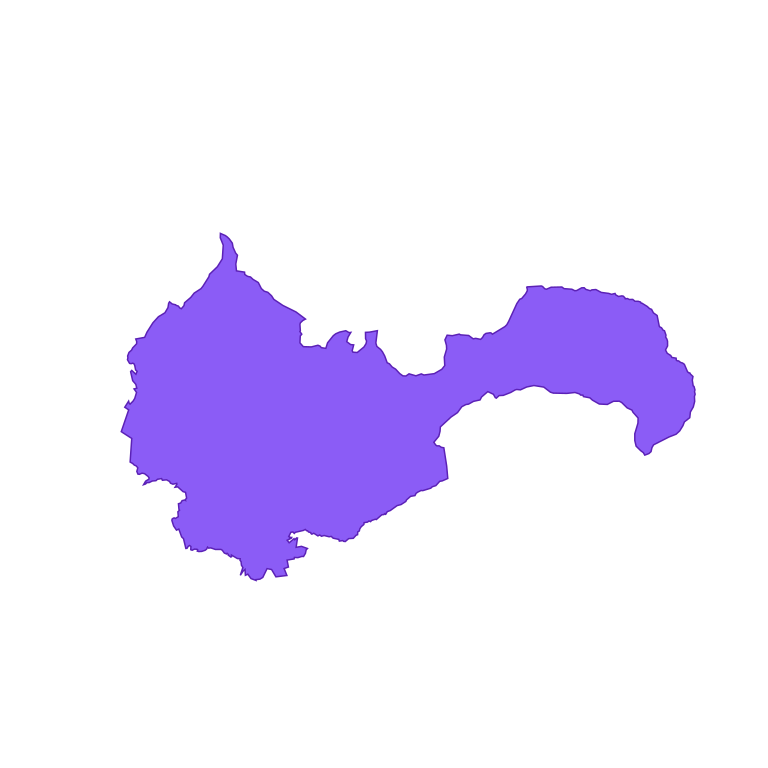 the district of Deda, Mures, Romania, rotated 322°
{"feature_id": "2599482B19753328402783", "entity_name": "Deda", "entity_type": "district", "adm_level": 2, "iso_a3": "ROU", "parent_name": "Romania", "parent_adm1": "Mures", "projection": "equal_earth", "projection_center": [24.914, 46.951], "detail": "fine", "context": "isolated", "style": "filled", "palette": "violet", "viewbox_px": 768, "rotation_deg": 322, "n_neighbors": 0, "source": "geoboundaries", "source_scale": "gbopen_adm2", "svg_char_len": 6171}
<svg xmlns="http://www.w3.org/2000/svg" viewBox="0 0 768 768"><g transform="rotate(322 384 384)"><path d="M552.8,601.7L556.0,599.1L559.0,597.9L575.9,601.2L583.3,603.4L588.2,603.0L593.9,600.9L597.4,598.8L604.2,598.8L608.2,594.7L613.6,592.5L618.1,589.0L620.9,585.0L622.9,583.6L624.0,581.2L625.4,580.1L626.8,576.8L626.5,575.8L629.3,570.8L632.1,568.3L631.6,564.9L631.8,563.5L631.2,563.1L630.7,561.3L632.8,553.4L632.2,551.3L631.0,549.6L630.4,547.2L629.3,546.2L629.1,545.0L630.1,543.5L627.2,540.3L627.5,538.1L626.1,534.2L626.8,530.5L630.9,528.6L633.8,524.8L634.6,522.7L634.8,520.5L636.3,519.1L637.8,514.7L637.1,513.6L637.3,510.4L636.6,509.3L636.5,507.9L641.4,498.2L640.1,493.8L640.8,489.9L639.7,488.1L639.2,485.0L637.0,479.1L636.4,478.6L636.6,477.3L635.3,475.4L632.7,473.3L632.1,470.5L629.3,468.4L628.5,466.6L626.6,465.4L626.9,464.8L626.7,462.2L625.7,461.0L622.7,459.4L621.5,456.5L621.8,454.9L618.5,453.4L616.9,451.0L611.6,445.6L609.1,440.0L605.8,437.8L604.0,437.5L601.3,433.7L601.0,431.4L599.0,429.9L593.4,429.0L591.8,428.0L590.4,425.0L584.6,419.7L583.9,417.1L575.2,410.6L570.3,409.3L569.3,407.9L569.0,404.8L568.3,403.6L556.6,395.6L556.1,395.6L555.0,398.0L554.0,398.9L550.9,400.2L545.2,401.4L543.1,400.8L538.2,402.4L520.8,411.4L517.3,412.9L514.6,413.2L500.1,411.5L499.8,409.7L499.2,409.0L495.5,406.9L493.2,406.8L490.3,408.0L487.6,408.3L484.4,404.5L482.1,403.3L480.6,397.9L474.6,392.4L474.0,391.0L467.6,388.0L463.8,384.4L459.2,386.7L457.0,392.0L454.9,395.0L448.1,399.9L443.2,406.9L438.6,408.0L430.0,406.8L421.0,401.5L419.6,399.0L414.2,397.2L410.0,391.4L406.2,391.2L403.9,389.2L402.8,385.4L402.3,379.4L400.9,375.7L400.7,371.4L399.6,369.2L401.8,362.4L402.6,357.7L402.6,354.6L401.5,350.0L402.8,346.7L411.6,337.9L404.5,334.2L401.2,331.9L397.4,336.9L396.7,339.4L394.8,341.1L391.0,342.5L382.3,342.7L379.1,339.8L379.4,338.2L384.2,334.5L382.0,332.4L380.7,327.7L384.5,324.9L389.6,322.9L388.1,322.0L386.7,318.5L381.1,315.8L376.9,314.7L373.8,314.7L364.9,316.8L360.1,320.1L357.0,316.8L356.9,314.7L355.8,312.8L349.5,310.0L343.4,304.9L343.1,299.8L347.6,294.6L349.9,294.1L350.0,290.8L350.8,290.6L354.5,285.2L355.8,284.3L359.3,284.0L362.1,284.5L359.0,273.0L352.7,259.9L349.3,249.5L349.7,245.2L348.9,240.2L346.8,237.2L346.1,233.3L347.4,226.7L345.2,220.9L344.7,217.5L342.8,215.2L341.7,212.0L343.0,210.0L337.4,204.0L341.1,198.2L347.8,192.3L347.7,189.5L349.2,183.4L351.2,179.6L351.4,174.5L351.0,171.6L350.4,169.4L347.8,164.6L345.0,168.0L342.8,175.6L333.7,185.8L324.9,189.0L314.1,190.1L312.0,191.7L301.4,195.5L298.5,196.2L290.4,195.5L285.1,196.8L276.9,197.2L274.6,199.1L270.7,199.9L269.9,198.4L269.9,195.9L268.6,194.1L268.6,193.3L266.4,190.6L265.6,187.2L264.0,187.8L260.8,190.8L255.2,193.0L247.7,192.1L239.6,193.5L229.2,197.2L224.1,199.9L216.1,195.7L215.2,198.4L213.8,200.0L208.2,200.8L205.9,201.9L202.5,202.1L199.2,204.1L198.3,205.7L196.8,206.9L196.2,211.1L197.2,212.3L198.8,212.9L199.4,214.0L199.0,215.9L196.9,220.0L197.3,222.0L194.5,223.6L193.6,218.0L191.9,218.3L188.0,226.7L188.2,231.5L186.6,235.1L184.0,234.0L183.8,238.3L178.7,241.9L175.7,243.0L171.5,243.5L171.4,242.1L172.2,240.3L165.4,242.7L166.9,247.2L147.6,259.8L151.7,271.6L135.9,289.2L137.0,291.9L137.3,294.1L138.3,296.0L138.4,298.5L135.4,300.7L134.6,303.5L135.7,304.6L138.4,305.3L140.1,307.2L141.2,311.6L141.1,313.3L140.2,314.2L136.3,313.8L132.6,315.3L134.6,316.0L136.3,315.7L138.3,317.1L141.7,317.8L144.8,319.8L146.8,319.6L150.5,321.6L150.1,323.4L153.6,325.6L155.0,328.7L154.7,330.7L156.0,333.0L159.5,334.7L159.0,335.6L155.8,336.7L158.1,338.0L159.4,345.1L160.9,347.2L158.2,352.4L156.2,352.8L155.9,353.5L155.5,352.7L153.1,351.6L150.5,352.6L148.3,351.8L145.2,356.6L145.2,357.5L142.9,357.8L140.2,361.9L136.8,361.5L136.2,360.3L135.2,360.0L133.8,360.0L132.8,361.0L130.8,366.4L130.5,371.4L133.0,372.0L130.4,379.9L130.8,382.4L126.6,391.6L127.6,392.2L129.8,391.4L131.4,391.6L131.8,393.2L129.7,395.6L130.5,396.9L132.9,397.4L134.9,399.1L135.1,400.0L134.0,400.7L134.9,402.0L137.3,403.7L140.7,404.9L142.6,404.9L144.5,403.9L144.7,405.3L146.6,406.5L149.3,410.6L153.7,414.0L154.2,415.5L154.1,418.9L155.3,421.0L156.1,420.8L156.4,422.6L155.9,423.0L156.8,426.1L157.6,426.2L158.5,424.9L161.0,431.3L163.1,433.2L162.0,434.3L162.0,436.0L160.1,439.0L159.8,441.7L153.0,446.3L157.8,444.7L160.3,444.6L157.0,449.4L159.6,450.0L159.4,455.5L162.2,460.0L162.6,459.3L166.1,461.4L169.4,461.8L178.2,457.5L181.2,461.0L180.1,469.4L189.6,475.1L191.7,467.9L196.0,469.4L199.2,463.1L205.5,466.5L206.6,465.5L209.2,467.8L213.1,469.3L214.4,470.4L217.8,469.1L220.5,466.8L222.4,466.5L219.0,461.1L214.2,458.6L221.0,452.1L220.4,451.5L217.8,451.8L217.9,450.5L211.5,450.7L211.5,447.5L216.3,448.5L216.8,448.1L215.3,447.1L215.7,446.9L215.0,445.6L219.3,443.5L221.1,444.5L221.3,446.5L222.9,446.3L230.4,449.8L232.4,450.1L232.7,452.0L233.4,452.6L233.4,454.1L234.8,456.0L234.4,456.8L234.7,457.9L236.8,458.4L238.4,463.0L240.4,463.4L241.0,465.5L243.5,466.5L246.7,470.6L248.6,471.6L249.0,474.2L252.7,478.6L252.1,480.3L255.1,482.0L255.3,483.1L256.5,484.3L261.0,484.1L264.8,486.7L268.9,486.0L270.4,486.5L272.2,484.4L274.1,484.6L275.8,483.2L278.3,482.4L281.6,482.3L283.0,481.0L286.0,482.7L287.8,482.7L288.7,484.2L290.1,483.9L293.9,485.2L294.5,486.1L301.8,485.7L303.1,486.6L304.9,486.7L304.7,487.5L305.2,487.7L308.0,486.6L311.1,487.6L319.5,487.9L323.2,489.5L328.9,490.0L330.3,489.2L335.8,488.9L339.7,491.0L342.0,489.9L344.0,490.0L347.6,490.7L348.9,491.9L356.7,494.9L358.8,494.7L362.3,496.0L368.0,495.0L370.2,496.2L376.1,497.7L382.9,487.2L391.9,471.1L390.2,469.2L389.4,466.7L387.7,465.4L387.2,464.0L387.4,460.6L395.0,458.9L399.0,455.8L402.0,452.5L416.6,451.3L424.3,451.8L431.3,449.8L435.9,450.6L438.2,451.9L443.9,452.8L449.9,455.7L452.9,454.3L461.1,453.9L463.9,459.5L463.3,463.2L463.8,464.3L467.6,464.0L471.0,466.4L478.7,468.7L483.7,469.4L485.2,470.0L487.9,472.6L494.6,474.2L501.2,477.5L508.0,484.8L510.1,492.9L511.8,495.4L522.2,503.9L529.3,508.3L532.0,512.3L532.1,513.7L533.9,515.3L533.4,516.7L537.7,521.6L538.3,525.0L541.3,532.3L547.4,537.6L554.2,538.9L558.8,542.4L559.9,544.9L560.9,552.5L563.3,557.2L562.8,559.6L563.3,567.2L560.0,571.2L551.0,577.6L546.8,583.0L544.4,588.2L545.2,594.5L546.1,597.7L545.7,600.6L549.9,601.9L552.8,601.7Z" fill="#8b5cf6" stroke="#5b21b6" stroke-width="1.5"/></g></svg>